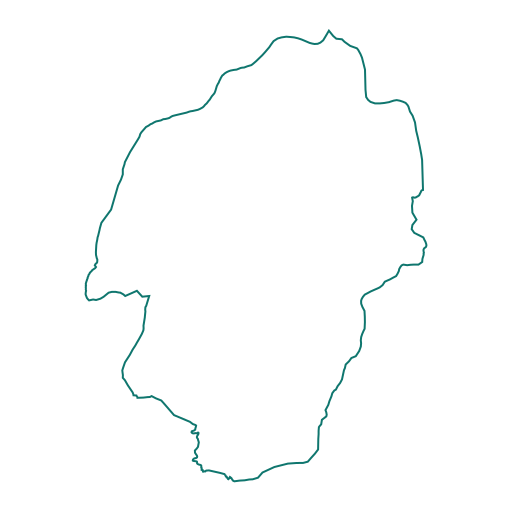 Abra, Abra, Philippines (Mercator projection)
{"feature_id": "2640588B11393510524278", "entity_name": "Abra", "entity_type": "district", "adm_level": 2, "iso_a3": "PHL", "parent_name": "Philippines", "parent_adm1": "Abra", "projection": "mercator", "projection_center": [120.786, 17.564], "detail": "fine", "context": "isolated", "style": "outline", "palette": "teal", "viewbox_px": 512, "rotation_deg": 0, "n_neighbors": 0, "source": "geoboundaries", "source_scale": "gbopen_adm2", "svg_char_len": 5930}
<svg xmlns="http://www.w3.org/2000/svg" viewBox="0 0 512 512"><path d="M423.0,189.9L422.1,159.9L421.2,154.2L419.7,146.3L417.8,137.4L416.2,130.8L415.0,122.4L412.6,115.7L410.0,111.6L408.4,106.5L407.5,105.0L405.6,102.9L402.9,101.7L399.8,100.7L396.7,100.1L393.8,100.6L390.0,101.8L389.3,102.1L384.1,103.0L379.9,103.4L375.0,103.4L370.5,101.9L368.1,99.9L366.2,97.1L365.5,89.8L365.0,69.6L362.0,57.7L360.5,54.1L358.2,49.9L356.9,48.3L350.2,45.9L344.5,41.8L342.0,39.3L336.3,38.7L333.2,36.0L328.9,30.7L325.8,36.0L323.2,40.3L320.4,42.6L317.7,43.8L314.5,44.0L312.3,43.6L309.6,42.9L304.7,40.8L301.6,39.5L298.0,38.3L294.1,37.4L290.1,37.0L286.3,36.7L281.5,37.4L277.6,38.5L273.6,41.1L271.1,44.5L269.3,47.2L265.2,52.0L262.4,55.1L256.1,61.2L253.2,63.7L251.4,65.1L247.3,66.3L244.2,67.5L242.0,67.7L240.6,68.0L236.6,69.6L233.9,69.9L230.4,70.6L228.5,71.3L226.6,72.2L224.6,73.5L223.3,74.8L222.3,75.5L221.6,76.6L220.7,78.2L220.1,79.6L219.5,80.6L218.7,82.7L218.0,83.7L216.8,86.1L216.3,87.8L215.5,90.5L215.0,91.9L214.3,93.4L211.8,96.3L209.6,99.8L208.9,100.5L206.7,103.4L205.1,104.8L203.9,106.3L202.7,107.4L200.0,108.9L197.9,109.8L192.6,111.0L190.5,111.3L189.1,111.7L186.6,112.6L177.3,114.8L174.8,115.4L172.5,116.0L171.0,116.8L169.4,117.9L167.9,118.4L165.3,119.0L163.3,119.2L160.9,120.4L158.7,120.9L156.2,121.4L154.2,122.3L152.1,123.6L150.5,124.2L148.6,125.6L146.0,127.0L141.3,132.4L140.2,134.2L139.5,136.7L138.0,139.3L130.1,152.0L126.2,159.6L124.9,162.1L124.5,164.2L122.8,169.3L122.8,174.4L121.0,179.6L118.1,185.5L111.1,209.6L101.4,222.8L99.9,228.1L99.5,230.1L98.1,235.9L97.6,237.3L97.2,240.0L96.6,242.8L96.3,245.1L95.9,252.1L96.0,254.9L96.8,258.3L97.3,259.4L97.3,260.9L97.1,262.4L96.5,263.2L95.7,263.7L94.8,265.3L96.0,267.0L95.7,267.4L95.2,268.1L92.3,270.1L92.1,270.3L91.9,270.6L91.7,271.0L90.7,271.9L89.8,272.8L89.7,273.4L88.5,275.1L88.4,275.9L87.6,277.6L87.6,278.4L87.2,279.2L86.9,279.8L86.9,280.3L86.5,281.2L85.8,283.6L85.9,284.6L85.8,285.6L86.0,285.8L85.7,287.2L85.9,287.8L85.8,289.7L86.1,290.8L85.8,291.9L85.6,294.1L85.8,295.0L86.3,296.3L86.9,297.9L87.9,299.2L89.1,300.4L93.1,299.5L96.1,300.0L100.4,298.7L103.6,296.8L108.6,292.7L111.7,291.9L115.8,291.9L117.7,292.3L119.4,292.6L120.2,292.6L123.4,294.4L125.2,296.0L136.9,290.8L142.3,296.7L149.2,296.0L146.2,305.9L145.4,307.2L145.2,309.8L145.4,311.4L144.9,316.3L144.8,317.5L143.5,325.6L143.6,328.3L143.4,330.2L142.9,331.5L141.8,334.0L139.0,339.1L137.0,342.5L135.2,345.7L132.7,349.5L129.8,354.9L125.0,362.3L123.1,367.8L122.3,370.4L122.5,372.2L122.9,375.1L122.8,377.8L124.9,380.2L127.9,385.4L132.7,392.5L133.4,394.5L133.5,395.3L136.4,395.5L136.7,396.2L137.1,396.7L137.5,397.3L137.5,397.8L143.3,397.6L147.7,397.1L149.9,397.0L151.6,396.1L156.0,398.4L161.3,400.5L165.1,404.8L174.0,415.1L189.9,421.8L192.9,424.1L195.2,424.9L196.1,425.5L195.9,426.7L195.4,428.3L195.2,429.6L194.1,430.5L191.8,431.3L191.5,432.2L191.8,432.7L192.2,433.0L192.7,433.3L193.3,433.4L194.0,433.4L195.5,433.1L196.7,433.3L197.1,433.1L197.6,432.7L197.9,432.6L198.2,432.6L198.4,432.7L198.5,433.0L198.5,433.3L198.3,434.2L197.1,436.2L196.9,436.9L196.9,437.3L197.1,437.9L197.8,438.8L197.9,439.1L198.0,439.7L198.5,441.3L198.8,442.3L198.6,443.5L198.3,445.0L198.0,446.8L196.8,448.5L194.9,450.5L195.0,452.7L196.2,454.6L196.9,455.5L197.2,456.5L197.0,457.4L196.1,458.0L194.3,458.4L193.3,459.2L193.0,459.6L192.9,460.0L192.8,460.3L192.8,460.6L193.1,460.8L193.3,460.9L195.3,461.2L196.6,461.4L196.9,461.6L197.0,462.0L197.1,462.5L197.1,463.4L197.3,463.7L197.7,464.0L198.7,464.5L200.3,464.9L200.8,465.1L201.1,465.4L201.3,465.8L201.3,466.0L201.3,466.4L201.3,466.7L201.1,467.0L200.9,467.2L200.5,467.3L201.3,467.5L201.7,468.0L201.7,468.7L201.6,469.9L201.9,470.0L202.4,470.0L202.8,470.2L202.8,470.7L202.9,471.3L203.1,471.7L203.6,471.6L204.3,471.3L204.6,471.4L205.4,471.4L205.7,471.0L206.2,470.6L206.9,470.5L207.6,470.5L208.9,470.4L220.0,472.9L225.2,474.3L225.3,474.2L225.0,474.6L225.0,474.8L225.1,475.0L225.4,475.2L225.8,476.4L225.9,476.5L226.0,476.5L226.2,476.4L226.4,476.5L226.6,476.7L226.7,476.8L226.8,477.4L226.8,477.5L227.3,477.7L227.4,477.9L227.8,478.6L228.0,478.8L228.1,479.1L228.3,479.2L228.6,478.8L229.3,478.4L229.7,478.0L229.8,477.9L229.6,477.6L229.7,477.4L229.9,477.5L230.1,477.8L230.4,477.7L230.5,477.5L230.5,477.4L230.9,477.7L231.0,478.1L231.3,478.3L231.5,478.3L231.6,478.5L232.1,479.4L232.6,480.1L232.8,480.2L233.0,480.6L233.2,480.8L234.4,481.3L239.6,480.6L244.7,480.3L249.2,479.5L252.7,479.3L258.0,477.7L262.5,472.5L274.4,467.0L287.9,463.6L296.4,463.0L303.2,462.9L307.8,461.7L311.1,457.9L314.9,453.7L318.1,449.5L318.3,438.8L318.6,434.1L318.6,430.9L318.9,427.2L319.3,426.5L321.2,424.3L321.9,419.8L326.3,416.4L326.7,414.7L326.3,412.4L325.5,410.1L328.3,404.9L329.4,401.2L331.4,396.4L332.3,393.2L334.3,390.5L335.9,389.6L337.6,386.2L340.1,383.0L342.0,379.4L344.0,370.1L344.9,368.1L345.7,364.5L349.0,361.3L351.4,358.0L355.8,356.2L359.2,351.0L360.8,346.6L361.1,343.3L360.8,340.3L361.2,337.0L362.2,334.0L363.5,331.0L364.6,328.8L364.9,322.2L364.8,316.7L364.5,310.9L362.4,306.9L361.2,303.7L361.1,300.9L361.6,299.2L362.6,297.4L363.2,296.5L364.8,294.6L367.1,293.4L370.8,291.4L375.3,289.4L377.4,288.5L379.7,287.4L382.6,285.1L384.8,281.7L387.9,280.3L389.8,279.5L393.2,277.6L396.1,276.1L397.5,273.8L398.8,271.1L399.2,269.1L400.3,267.1L401.6,265.4L403.3,264.6L407.2,265.2L410.3,264.8L413.8,264.6L418.5,264.6L422.2,262.0L422.4,259.1L422.8,257.6L423.5,255.4L423.7,254.1L423.6,253.4L423.9,252.7L423.7,252.0L423.5,250.7L423.5,249.8L423.7,249.2L424.2,248.3L425.9,247.0L426.4,245.7L426.3,244.3L425.4,241.6L424.6,240.2L423.3,237.4L414.3,232.9L411.7,229.2L412.4,225.0L416.5,219.7L412.4,212.7L412.0,205.9L412.8,201.2L412.1,197.6L412.3,197.4L413.3,197.3L414.5,197.7L415.0,197.7L415.3,197.5L415.7,197.4L416.1,197.3L416.8,196.8L417.7,196.4L418.1,196.1L418.4,195.8L418.8,195.6L419.2,195.3L419.3,195.1L419.6,194.3L419.8,194.1L420.2,193.1L420.6,192.6L421.1,191.2L421.5,190.6L422.1,190.2L422.3,190.2L422.9,189.9L423.0,189.9Z" fill="none" stroke="#0f766e" stroke-width="2"/></svg>